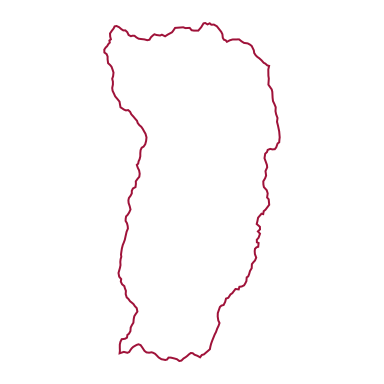 the district of Taipas do Tocantins, Tocantins, Brazil
{"feature_id": "56859067B89404992716460", "entity_name": "Taipas do Tocantins", "entity_type": "district", "adm_level": 2, "iso_a3": "BRA", "parent_name": "Brazil", "parent_adm1": "Tocantins", "projection": "equal_earth", "projection_center": [-47.012, -12.155], "detail": "fine", "context": "isolated", "style": "outline", "palette": "rose", "viewbox_px": 384, "rotation_deg": 0, "n_neighbors": 0, "source": "geoboundaries", "source_scale": "gbopen_adm2", "svg_char_len": 4189}
<svg xmlns="http://www.w3.org/2000/svg" viewBox="0 0 384 384"><path d="M200.1,357.3L201.8,355.0L203.9,354.4L206.1,352.5L208.0,350.9L209.9,349.2L210.4,346.5L211.1,343.8L211.8,341.8L212.6,339.7L213.7,337.0L214.7,334.5L216.0,332.0L217.2,328.6L218.6,325.7L219.5,323.0L218.3,320.5L217.7,316.5L217.8,313.1L218.8,310.2L219.9,307.0L221.4,305.6L223.6,305.0L225.2,301.8L226.0,298.6L228.3,297.8L229.4,296.1L230.5,294.4L232.3,293.2L233.7,291.3L235.5,289.0L238.7,289.4L239.4,286.8L241.7,286.5L244.1,285.3L245.3,283.3L246.4,281.1L246.7,277.4L248.2,276.4L249.1,274.2L250.0,271.0L251.7,268.2L251.9,264.1L253.5,262.1L255.0,260.5L256.2,257.6L254.9,254.0L254.7,251.1L255.0,248.8L256.5,247.3L258.2,246.8L258.6,243.0L256.9,242.3L256.8,239.8L258.6,237.7L260.0,233.7L257.9,231.4L260.0,229.4L259.9,226.8L256.7,224.0L257.4,221.2L258.1,217.7L261.5,213.7L263.2,214.1L263.7,211.2L265.5,209.7L269.2,204.8L268.7,199.3L267.1,197.5L267.7,193.4L266.7,190.2L263.9,187.1L263.4,184.5L263.3,181.3L265.1,178.3L266.1,175.6L265.5,171.1L267.2,167.3L266.9,164.9L264.5,158.2L265.2,153.7L267.0,152.0L267.7,149.9L270.2,148.9L272.5,149.4L274.8,149.2L276.2,147.4L277.6,143.5L279.2,142.3L279.4,139.8L279.7,137.4L279.2,131.5L278.0,125.7L277.0,121.8L277.5,118.0L276.1,114.2L275.5,111.2L275.7,107.2L274.3,103.8L273.0,101.1L272.6,97.9L272.3,91.8L271.7,89.4L268.4,84.7L268.8,78.5L268.4,75.8L268.3,69.5L269.1,65.9L267.3,65.4L265.3,63.6L263.7,62.8L261.5,60.3L259.3,58.3L257.3,56.9L255.7,55.3L254.2,53.0L253.8,50.3L251.7,46.0L250.1,44.7L247.7,43.4L244.0,42.9L241.5,41.3L239.1,39.4L232.5,39.5L229.8,40.3L226.9,41.8L225.7,40.3L223.9,39.7L222.8,37.8L222.4,34.2L221.2,31.8L216.9,26.3L213.9,24.6L211.3,24.7L209.7,23.3L207.5,24.4L205.2,23.0L203.5,23.4L201.2,27.2L198.3,30.6L193.9,30.6L191.6,30.2L189.7,27.9L185.4,28.1L183.2,27.3L175.1,27.9L173.3,30.6L172.0,32.3L167.7,34.6L165.1,36.3L161.9,34.7L160.1,35.5L156.5,35.0L154.4,34.3L152.8,35.5L150.9,37.3L149.5,39.7L147.3,40.2L144.4,39.4L141.7,39.1L138.6,38.7L136.4,37.4L134.5,35.8L132.6,35.7L130.9,36.2L128.6,35.0L127.3,32.2L125.4,30.4L123.3,30.4L121.4,29.2L119.1,27.2L116.5,26.0L114.6,26.4L113.6,28.5L111.8,30.8L110.0,33.5L110.2,36.7L110.9,39.3L109.4,40.5L109.8,42.6L108.4,44.0L107.1,46.2L105.7,47.5L104.3,49.6L104.4,52.5L106.6,54.1L107.6,56.5L107.6,59.4L108.1,63.2L110.1,65.0L111.5,66.7L112.6,69.7L113.5,72.6L113.1,76.2L112.2,78.8L112.9,81.6L112.9,84.6L112.2,88.0L112.6,90.8L113.8,93.3L115.2,96.4L117.4,99.0L119.5,101.6L120.1,105.1L120.5,107.3L122.1,108.3L124.0,109.6L125.9,110.4L128.2,110.1L130.1,111.8L131.3,114.3L133.5,116.7L135.4,119.0L137.0,120.8L137.7,123.0L139.4,125.2L141.3,126.8L142.8,129.0L144.0,131.2L145.5,133.8L146.5,137.4L146.1,141.0L145.2,144.3L143.6,146.6L141.7,147.7L140.6,150.1L140.3,153.1L140.3,156.3L139.6,159.2L138.6,161.3L138.2,163.6L136.8,164.9L137.8,167.8L139.1,170.4L139.7,173.8L139.3,176.8L137.6,178.8L135.8,181.3L135.9,184.0L135.5,187.1L132.9,188.5L131.8,190.8L131.8,193.4L130.6,195.7L128.9,198.0L128.4,200.3L128.6,203.0L129.7,206.2L130.5,209.5L129.1,212.6L127.5,215.0L126.1,216.4L125.7,218.6L125.6,220.9L127.0,223.3L127.7,226.1L127.9,228.6L126.6,231.7L125.7,235.7L124.8,239.8L123.7,242.8L122.8,244.9L121.9,248.4L121.4,251.6L121.0,254.5L121.3,256.8L120.6,259.2L120.3,261.9L120.5,265.1L120.0,267.7L119.4,269.8L118.5,273.0L119.2,276.7L121.2,279.1L120.8,281.6L122.1,284.3L124.3,286.1L124.9,288.3L125.9,290.8L125.7,294.1L126.7,297.4L128.3,298.8L130.1,301.3L132.0,302.8L133.5,304.1L134.8,306.1L136.7,308.1L137.4,311.6L135.7,314.0L134.3,316.2L133.7,319.1L133.4,322.7L131.9,325.1L130.7,327.5L130.4,331.2L128.9,333.8L127.4,334.9L127.0,337.6L125.2,338.7L123.5,339.0L121.7,339.2L120.4,341.9L119.8,344.6L119.8,347.8L119.9,350.9L119.6,353.3L122.0,352.5L123.8,351.9L125.5,352.3L127.4,352.8L129.2,352.0L130.4,350.1L131.7,348.3L133.2,346.9L134.9,345.9L136.7,344.9L138.5,344.3L140.6,345.1L142.3,347.5L144.5,350.9L146.5,352.4L149.1,352.7L151.6,352.3L153.2,352.8L155.1,353.8L156.9,355.6L158.7,357.5L161.4,359.2L163.6,359.6L165.3,360.0L167.1,359.5L168.5,357.6L170.8,357.6L172.9,358.1L174.5,358.5L176.9,359.2L179.3,361.0L181.4,360.6L183.5,358.5L185.6,357.2L187.3,355.9L188.9,354.4L190.8,353.0L192.7,353.2L194.5,354.7L197.4,355.8L200.1,357.3Z" fill="none" stroke="#9f1239" stroke-width="2"/></svg>